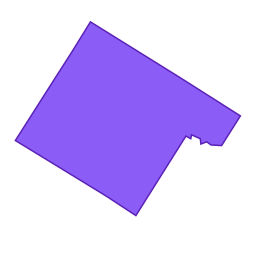 outline of Johnson, Iowa, United States of America, rotated 302°
{"feature_id": "52423323B53709220600977", "entity_name": "Johnson", "entity_type": "district", "adm_level": 2, "iso_a3": "USA", "parent_name": "United States of America", "parent_adm1": "Iowa", "projection": "orthographic", "projection_center": [-91.562, 41.643], "detail": "fine", "context": "isolated", "style": "filled", "palette": "violet", "viewbox_px": 256, "rotation_deg": 302, "n_neighbors": 0, "source": "geoboundaries", "source_scale": "gbopen_adm2", "svg_char_len": 366}
<svg xmlns="http://www.w3.org/2000/svg" viewBox="0 0 256 256"><g transform="rotate(302 128 128)"><path d="M57.7,39.1L58.7,145.0L57.9,181.1L151.8,181.4L152.2,186.9L155.9,185.5L157.2,195.0L153.0,198.3L158.0,202.1L157.6,207.4L162.7,216.7L197.8,216.9L198.3,145.9L198.1,39.9L163.2,40.1L128.2,39.7L57.7,39.1Z" fill="#8b5cf6" stroke="#5b21b6" stroke-width="1.5"/></g></svg>